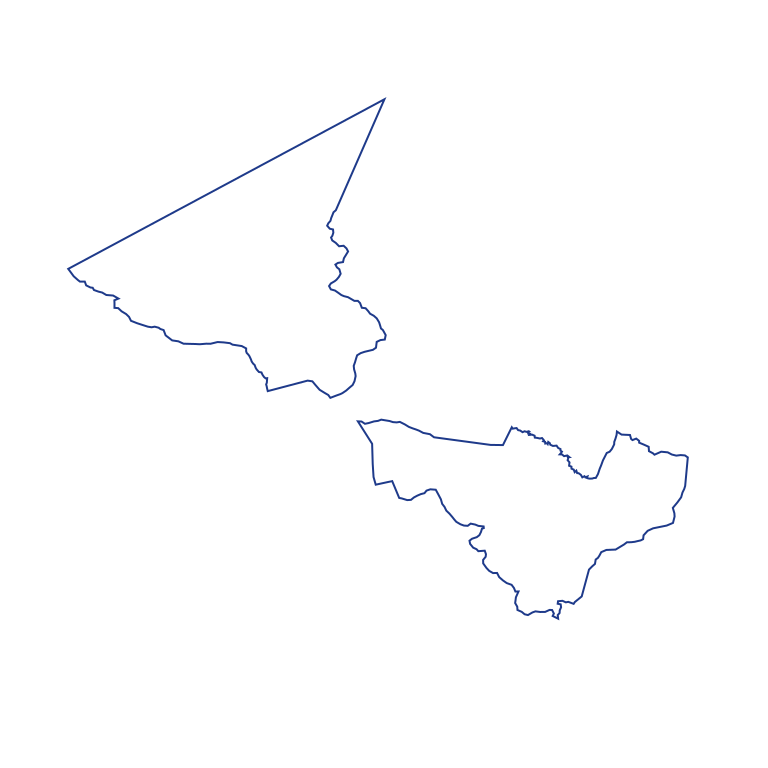 outline of Wabag District, Enga, Papua New Guinea, rotated 344°
{"feature_id": "67681753B54237044330512", "entity_name": "Wabag District", "entity_type": "district", "adm_level": 2, "iso_a3": "PNG", "parent_name": "Papua New Guinea", "parent_adm1": "Enga", "projection": "orthographic", "projection_center": [143.621, -5.349], "detail": "fine", "context": "isolated", "style": "outline", "palette": "blue", "viewbox_px": 768, "rotation_deg": 344, "n_neighbors": 0, "source": "geoboundaries", "source_scale": "gbopen_adm2", "svg_char_len": 4871}
<svg xmlns="http://www.w3.org/2000/svg" viewBox="0 0 768 768"><g transform="rotate(344 384 384)"><path d="M112.2,186.3L115.4,194.9L118.5,199.8L120.0,201.8L124.6,203.1L124.9,207.1L128.4,210.3L130.5,211.2L131.1,213.7L135.0,216.5L138.3,218.4L141.6,221.9L148.0,224.3L152.3,228.7L147.9,229.2L147.1,232.4L145.9,236.5L149.4,237.8L151.8,241.8L155.4,245.7L157.4,249.2L158.2,253.5L163.4,257.5L168.0,260.6L172.8,263.8L176.2,265.4L179.4,265.7L182.9,267.8L184.2,269.5L187.0,271.4L187.5,277.1L189.9,280.3L192.4,283.7L198.1,286.3L202.4,290.0L208.4,291.9L213.2,293.4L217.9,295.0L224.4,296.3L228.3,297.5L235.6,297.8L241.3,299.8L247.2,302.3L249.2,304.4L257.7,308.3L261.3,311.8L260.5,314.5L260.6,316.3L261.7,318.4L262.3,320.1L262.9,323.8L263.0,325.9L263.8,328.3L264.9,330.1L265.1,333.0L265.6,334.9L267.1,338.0L269.4,339.1L269.7,341.4L270.6,344.2L271.8,346.0L273.3,346.2L271.7,350.5L270.6,351.9L270.6,353.8L270.4,356.0L270.3,358.8L311.5,359.7L315.9,361.7L317.7,365.8L320.5,371.8L324.6,376.3L327.4,379.2L328.6,382.5L333.3,382.1L335.8,381.9L339.2,381.7L341.5,381.3L345.8,379.9L349.6,378.1L353.6,376.3L356.4,373.2L358.9,368.6L359.3,366.0L359.3,361.6L359.9,358.2L362.2,355.0L364.2,351.8L366.1,349.0L370.1,347.9L374.2,347.7L378.7,347.9L382.8,348.1L386.3,346.9L388.6,341.5L392.7,340.8L397.0,341.5L399.1,337.5L397.8,331.8L396.4,329.8L396.4,326.6L396.3,323.3L395.1,318.9L393.0,315.6L390.0,312.6L388.9,309.6L387.2,306.1L383.7,304.6L383.3,299.6L381.8,296.9L378.4,295.9L376.4,293.8L373.3,290.6L369.7,288.5L367.5,286.7L365.4,284.0L362.6,280.6L359.0,278.4L358.2,274.7L360.6,272.7L364.9,271.6L367.1,270.7L370.2,268.6L372.7,266.1L372.7,261.4L370.9,258.9L370.2,255.8L373.1,254.9L378.2,255.5L380.1,252.1L386.0,246.7L385.3,243.3L383.3,240.0L378.8,239.2L376.5,235.0L373.8,231.7L373.5,228.6L375.2,227.3L377.0,224.6L377.6,221.4L374.7,219.8L373.0,216.2L374.7,214.2L377.5,212.4L379.0,209.9L380.9,207.5L382.8,205.0L385.6,203.7L462.9,110.4L112.2,186.3ZM348.6,412.7L356.1,438.2L351.1,457.8L348.3,470.6L348.3,478.5L365.1,479.6L367.2,497.7L369.4,498.8L374.3,502.0L378.0,502.8L381.5,501.3L385.2,500.5L389.0,500.0L392.8,500.1L395.5,498.2L399.5,498.0L404.6,499.9L405.7,504.8L406.9,510.5L406.9,515.3L408.3,518.8L409.0,522.9L411.2,526.7L413.1,530.9L414.2,533.6L415.5,536.4L418.8,539.9L421.8,542.1L425.4,543.4L428.8,542.1L433.0,544.3L435.6,546.4L440.5,548.4L440.2,550.0L438.3,550.1L436.4,553.0L434.0,555.6L431.0,556.8L426.0,557.0L423.0,558.2L422.7,561.4L424.6,565.9L427.4,568.3L428.6,570.7L434.9,572.0L435.1,575.7L434.1,578.1L430.8,580.4L429.9,583.8L431.8,589.1L433.6,592.6L436.7,595.8L440.6,596.8L441.5,601.4L444.2,605.6L447.1,609.2L451.3,612.2L452.7,615.9L453.1,619.7L456.1,620.5L452.0,625.4L450.9,628.0L449.7,630.7L450.7,634.8L450.0,638.0L453.6,641.0L455.7,644.1L458.7,645.8L463.7,644.5L466.9,644.3L471.3,646.2L476.1,647.5L480.9,646.8L483.3,647.6L484.0,651.5L482.2,653.5L486.7,657.6L487.3,654.0L489.7,652.5L490.5,650.1L492.7,647.4L493.1,644.5L490.4,643.1L491.4,640.8L495.8,641.6L498.6,644.0L501.1,644.2L505.7,647.6L507.3,646.2L515.5,642.7L529.9,618.9L534.0,616.6L537.2,615.1L539.1,611.1L541.7,610.1L543.7,608.4L546.5,605.5L552.0,604.8L561.0,607.0L568.0,605.1L570.3,604.5L573.9,603.1L577.9,604.2L581.6,604.8L584.4,604.9L587.6,605.1L590.3,604.6L591.8,601.0L597.0,597.8L602.9,596.9L616.7,598.0L623.5,597.2L626.8,591.5L627.5,588.3L627.5,582.7L633.4,578.7L638.4,574.8L641.0,570.6L643.7,567.6L645.4,565.0L655.8,538.3L655.6,538.1L653.6,535.6L649.6,534.1L645.2,533.4L641.2,531.1L637.9,527.9L631.8,525.5L624.5,526.5L623.4,524.7L620.2,521.6L621.1,517.3L617.2,514.0L613.1,510.7L613.6,509.0L611.4,506.0L607.4,506.4L606.4,504.9L606.4,500.8L602.2,499.4L598.4,498.1L594.8,493.9L593.5,497.1L591.4,500.4L589.4,503.1L588.6,505.5L585.1,509.3L582.2,511.3L579.1,511.7L576.4,514.6L573.4,517.8L570.2,522.2L568.1,524.8L564.8,529.6L561.7,532.7L559.9,532.2L558.2,532.3L555.7,531.7L554.2,531.0L553.1,530.2L554.0,529.0L551.8,529.2L551.3,527.9L548.9,528.4L548.2,525.6L546.5,523.4L545.1,522.9L545.0,520.3L543.0,521.3L542.8,518.6L540.9,517.1L541.4,515.1L539.4,513.6L540.7,510.5L539.5,507.8L540.7,506.1L540.5,504.8L541.9,505.2L540.5,503.2L537.2,503.0L535.7,500.8L533.6,500.1L535.3,499.0L536.4,498.1L535.3,496.7L535.7,495.2L533.8,493.5L532.9,490.8L529.3,490.1L527.1,488.2L527.1,486.6L525.9,485.0L524.8,486.9L524.3,485.8L522.6,485.7L522.9,484.0L521.2,482.9L522.2,482.2L521.8,481.2L521.0,479.5L518.9,479.4L516.3,478.0L514.2,477.1L514.5,475.2L512.4,473.5L509.7,473.0L510.5,472.1L509.0,471.6L509.0,470.3L510.5,469.8L510.1,469.3L507.8,469.3L506.1,468.2L503.9,468.5L502.1,466.3L500.2,465.3L499.3,462.9L497.3,462.6L495.4,462.4L494.9,460.8L481.5,475.5L469.6,471.9L417.4,449.0L414.3,444.9L408.2,441.8L404.8,438.5L402.3,436.6L399.4,434.6L396.1,432.1L392.9,428.6L388.8,424.8L385.6,424.4L382.1,423.1L379.1,421.1L373.6,418.5L371.5,417.5L368.1,417.8L364.1,417.2L358.5,417.3L354.7,417.0L352.1,413.9L348.6,412.7Z" fill="none" stroke="#1e3a8a" stroke-width="2"/></g></svg>